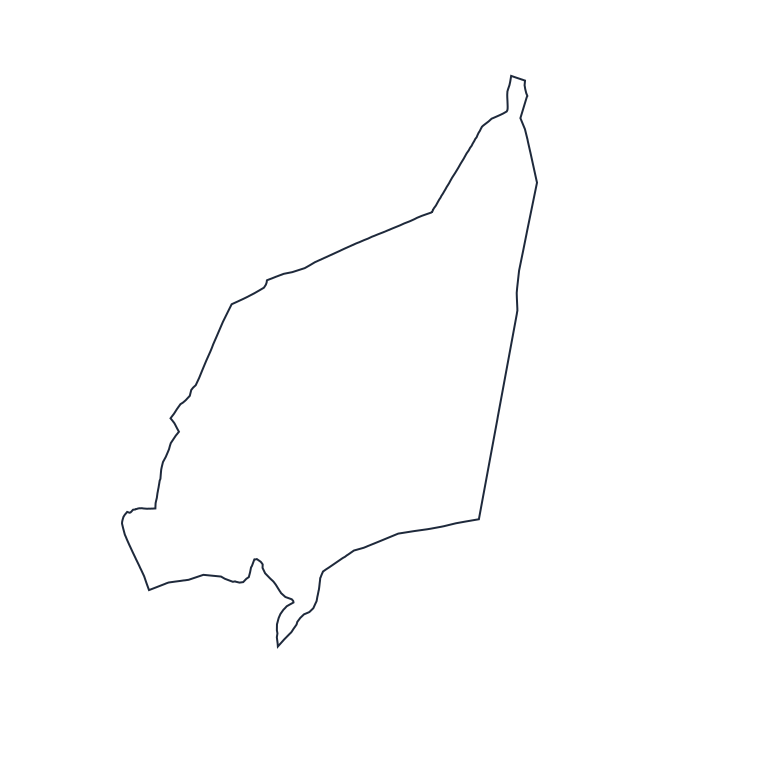 outline of Hulu Sungai Utara, Kalimantan Selatan, Indonesia, rotated 136°
{"feature_id": "22746128B21492383155838", "entity_name": "Hulu Sungai Utara", "entity_type": "district", "adm_level": 2, "iso_a3": "IDN", "parent_name": "Indonesia", "parent_adm1": "Kalimantan Selatan", "projection": "robinson", "projection_center": [115.192, -2.43], "detail": "fine", "context": "isolated", "style": "outline", "palette": "slate", "viewbox_px": 768, "rotation_deg": 136, "n_neighbors": 0, "source": "geoboundaries", "source_scale": "gbopen_adm2", "svg_char_len": 5395}
<svg xmlns="http://www.w3.org/2000/svg" viewBox="0 0 768 768"><g transform="rotate(136 384 384)"><path d="M642.7,268.9L633.2,269.6L626.0,269.8L625.5,269.8L623.3,269.8L622.2,270.0L619.3,270.7L614.0,271.7L611.6,273.1L611.0,273.2L606.7,273.9L606.1,273.9L605.5,273.9L604.8,273.9L601.8,273.9L601.6,273.9L601.0,273.7L600.5,273.5L599.9,273.2L599.5,273.1L598.0,272.5L596.1,271.8L592.9,271.8L590.6,271.8L589.1,272.4L586.1,273.6L583.4,274.6L582.1,275.5L579.8,277.2L578.1,278.3L577.1,279.0L574.8,280.6L574.7,280.7L574.1,281.0L572.4,282.3L570.8,283.6L569.6,284.6L568.4,285.6L566.9,286.8L566.4,287.2L565.6,287.9L564.7,288.7L564.0,288.9L562.6,289.6L560.3,290.6L558.5,291.3L558.4,291.4L558.1,291.5L557.7,291.4L554.4,290.9L551.4,290.3L545.5,289.3L534.7,287.5L533.9,287.3L532.1,286.8L530.2,286.6L529.9,286.6L529.6,286.5L529.4,286.5L529.2,286.4L525.7,285.8L525.2,285.8L525.0,285.7L521.3,285.1L519.1,283.9L516.3,282.4L512.4,280.3L509.2,279.0L508.8,278.9L498.9,274.9L495.9,273.7L477.7,266.5L464.7,257.4L453.7,249.4L451.1,247.6L442.2,241.7L441.9,241.5L439.7,240.1L432.0,235.6L429.1,233.9L420.7,228.3L416.9,225.7L415.7,224.9L409.7,220.8L392.2,233.3L379.3,242.5L361.8,255.0L327.3,279.6L325.0,281.3L240.1,341.9L238.0,343.5L237.2,344.0L236.3,345.0L235.8,345.5L228.3,354.0L225.2,357.4L221.5,360.6L208.1,371.7L190.3,383.9L181.2,390.2L177.0,393.1L175.3,394.3L134.0,422.6L133.5,423.5L117.9,448.8L116.9,450.5L116.7,450.8L112.1,458.4L110.6,460.7L110.5,461.0L110.4,461.1L105.6,469.4L103.5,474.7L101.2,480.5L82.0,491.2L80.8,491.6L79.9,493.8L79.7,494.3L77.5,498.1L75.7,500.7L75.4,501.2L72.0,504.1L71.8,504.3L72.6,505.8L73.1,506.9L73.3,507.1L73.6,507.8L75.7,511.8L78.5,517.3L83.2,513.8L83.4,513.7L83.9,513.3L84.1,513.2L86.2,511.8L90.9,509.4L90.7,509.4L91.9,508.8L94.5,506.4L95.5,505.3L95.9,504.9L98.7,501.7L100.4,499.8L102.3,497.7L103.0,497.0L103.6,496.4L104.3,495.8L104.5,495.7L104.8,495.4L106.4,494.8L110.4,495.8L113.7,496.9L117.0,498.1L120.5,499.4L122.3,500.1L126.3,500.2L131.4,500.8L133.4,501.0L135.0,501.0L135.7,500.7L136.5,500.5L139.2,499.5L141.4,499.0L143.8,498.1L146.1,497.1L148.0,496.9L150.3,496.1L153.3,495.3L155.4,494.5L158.0,494.1L160.7,493.2L164.4,492.5L170.2,490.7L175.7,489.3L180.4,487.9L186.5,486.3L190.0,485.5L191.7,485.1L195.4,484.0L197.8,483.2L202.3,482.1L204.8,481.3L206.0,481.0L209.5,480.0L212.2,479.4L213.8,478.8L216.2,478.3L219.2,477.4L222.7,476.3L225.7,475.8L226.3,475.7L227.1,475.4L227.9,475.1L228.0,475.2L228.3,475.0L229.4,474.5L229.7,474.4L229.9,474.3L230.2,474.6L230.9,474.5L235.4,476.6L240.0,478.7L244.8,480.6L247.5,481.4L251.2,482.7L252.8,483.3L258.0,485.5L262.3,487.0L269.5,489.9L279.0,493.6L284.7,496.0L288.0,497.3L290.3,498.3L292.4,499.0L294.5,499.7L298.3,501.3L303.4,503.2L304.3,503.6L306.2,504.4L318.7,508.9L322.2,510.1L322.6,510.2L327.7,512.0L349.1,519.6L355.1,521.0L360.5,522.4L372.3,528.2L379.6,532.9L387.9,536.5L388.0,536.5L390.4,537.5L390.7,537.6L395.8,539.8L396.2,539.9L396.6,539.6L397.7,538.7L397.9,538.6L398.0,538.5L400.0,537.5L402.1,537.0L403.5,536.7L408.5,537.9L413.7,539.2L422.2,541.7L425.9,542.9L433.1,545.4L437.9,547.1L438.2,547.2L440.7,546.3L445.8,544.5L456.7,540.6L471.5,534.4L479.5,531.1L482.2,529.8L482.4,529.7L486.3,528.0L495.5,524.3L498.3,523.1L505.0,520.2L512.7,516.8L520.3,513.9L523.8,514.0L526.8,513.6L528.4,512.6L530.0,511.6L531.9,510.4L536.1,510.2L537.0,510.1L538.5,510.1L541.7,510.3L544.4,510.9L550.3,509.8L555.7,508.5L559.7,507.9L561.4,507.6L561.6,505.0L562.0,501.5L562.4,500.0L563.1,497.7L563.7,495.7L564.7,492.1L569.7,491.5L575.6,490.2L578.4,489.6L581.0,488.2L584.0,486.4L587.0,485.1L590.8,483.5L591.5,483.2L597.2,481.4L601.5,478.7L603.7,477.2L606.4,474.9L610.7,471.1L612.5,470.3L614.5,468.8L616.4,467.4L618.0,466.2L620.3,464.6L621.8,463.5L622.7,462.9L626.5,459.9L629.2,458.2L631.0,457.0L632.4,455.7L634.9,453.3L637.1,455.2L641.0,458.8L641.5,459.3L643.7,461.8L644.4,462.8L645.8,464.0L646.1,464.4L647.4,465.3L648.7,465.9L649.1,466.1L649.5,466.5L650.0,466.5L651.9,467.9L653.2,467.8L654.2,467.7L655.6,467.7L656.3,468.1L656.5,468.2L657.0,469.2L657.6,470.4L659.3,470.2L660.0,470.1L660.7,470.1L661.3,470.0L663.4,469.5L663.5,469.5L664.6,468.9L665.0,468.7L666.4,467.9L667.0,467.5L667.6,467.1L668.3,466.6L669.4,465.6L671.6,461.9L674.0,457.6L675.0,455.8L675.1,455.6L676.0,453.1L676.9,450.9L679.3,444.3L679.3,444.2L681.7,437.3L683.6,431.6L684.0,430.5L684.8,428.0L686.4,423.1L687.0,421.5L687.1,421.2L687.6,419.6L688.1,418.1L690.1,412.3L693.2,405.7L696.2,399.0L695.3,398.6L688.9,395.9L680.3,392.3L679.2,391.9L676.8,390.8L671.3,386.8L667.0,383.6L664.6,381.9L663.5,381.0L661.8,379.8L660.6,378.9L646.5,372.2L635.0,358.7L633.8,354.5L632.3,351.3L630.1,346.7L628.3,345.5L628.3,345.3L625.9,341.5L622.9,339.3L618.3,339.5L615.4,339.0L611.1,341.6L607.1,344.4L605.3,344.9L599.1,347.9L598.9,347.8L598.7,347.4L598.5,347.2L598.0,346.9L597.5,346.6L597.1,346.4L596.2,341.9L596.2,341.4L596.4,339.6L596.6,338.5L599.1,336.1L601.0,330.4L601.0,328.8L601.0,326.1L601.0,323.5L601.0,323.4L600.9,321.2L600.8,319.8L600.8,318.4L600.9,317.7L601.0,316.7L601.1,316.1L601.2,315.1L601.7,312.7L602.0,311.4L602.9,307.1L603.0,306.2L603.2,305.6L603.3,305.1L603.1,302.2L602.9,299.3L599.9,293.2L600.0,291.1L600.5,290.2L600.9,289.7L602.0,290.0L603.8,290.5L604.5,290.7L604.9,290.8L608.4,291.7L609.6,291.6L611.6,291.5L613.1,291.5L618.3,290.5L622.2,288.9L624.1,287.8L626.2,286.5L627.9,285.5L632.2,281.2L632.3,281.0L633.9,278.6L637.0,276.3L640.7,271.3L642.7,268.9Z" fill="none" stroke="#1e293b" stroke-width="2"/></g></svg>